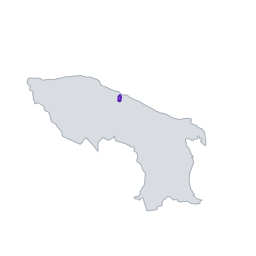 location of Canta, Lima, Peru, rotated 137°
{"feature_id": "86281439B11462215509346", "entity_name": "Canta", "entity_type": "district", "adm_level": 2, "iso_a3": "PER", "parent_name": "Peru", "parent_adm1": "Lima", "projection": "equal_earth", "projection_center": [-76.765, -11.534], "detail": "fine", "context": "in_parent", "style": "filled", "palette": "violet", "viewbox_px": 256, "rotation_deg": 137, "n_neighbors": 0, "source": "geoboundaries", "source_scale": "gbopen_adm2", "svg_char_len": 4750}
<svg xmlns="http://www.w3.org/2000/svg" viewBox="0 0 256 256"><g transform="rotate(137 128 128)"><path d="M171.3,72.0L171.2,72.7L170.5,73.1L169.9,72.6L169.0,72.7L167.5,71.0L164.2,71.3L162.7,73.3L160.5,73.7L158.0,74.7L155.3,75.1L151.0,78.3L150.0,79.6L148.0,81.5L146.4,82.2L145.6,88.0L144.0,91.4L143.4,93.3L144.3,96.2L144.2,97.5L143.4,98.7L142.6,98.8L141.1,100.0L138.9,102.6L138.5,104.6L139.3,107.2L139.0,107.5L137.2,108.0L137.2,109.4L136.9,110.0L138.4,112.1L139.2,112.6L139.3,113.1L139.1,113.7L138.8,113.9L138.8,114.4L139.9,115.9L140.7,119.0L142.3,120.6L142.3,121.6L142.8,122.6L143.6,123.3L145.5,126.4L145.6,127.9L143.5,131.2L146.9,131.2L150.5,132.3L151.1,132.8L151.5,134.4L151.5,135.3L152.3,136.1L152.2,137.9L157.0,138.0L160.2,137.5L165.3,132.0L166.1,131.5L165.7,132.7L165.6,133.6L165.9,134.5L165.3,135.9L165.1,149.4L166.1,148.7L167.2,149.9L168.1,150.0L170.9,148.5L174.1,148.7L181.5,166.3L180.8,167.5L180.8,168.4L179.9,169.2L179.0,170.6L178.9,177.6L178.1,179.7L178.5,180.8L178.9,183.0L179.5,184.4L179.7,185.2L179.6,185.5L178.6,186.3L178.5,187.6L176.6,190.0L176.2,191.7L175.5,192.3L175.4,194.2L177.0,197.2L175.9,199.1L174.9,201.8L176.5,207.5L177.2,208.3L177.9,208.3L179.0,208.8L179.6,209.6L178.2,210.7L178.0,211.2L178.1,213.1L176.6,214.5L174.5,218.1L174.0,218.2L173.0,219.3L172.8,219.9L172.9,220.4L173.8,221.4L173.9,222.7L172.4,224.4L171.4,224.5L171.0,225.0L171.4,227.2L171.4,228.2L171.0,229.3L170.3,230.6L168.1,231.9L166.2,232.1L162.9,228.9L161.9,227.5L158.6,224.7L158.1,221.8L157.0,220.4L155.0,219.3L153.4,217.8L152.2,217.1L149.3,213.8L146.6,212.7L141.5,209.3L138.8,208.1L135.3,204.9L133.4,204.0L131.9,202.5L127.3,199.2L126.6,198.2L125.9,196.6L124.9,195.6L123.7,193.4L122.0,192.2L120.4,190.4L118.4,185.9L117.4,184.8L117.3,182.7L116.7,181.7L117.7,181.1L118.3,177.8L118.0,176.2L115.6,171.8L115.2,170.0L113.5,166.6L112.8,164.6L111.5,163.1L110.9,161.9L110.1,161.3L110.1,159.8L109.6,156.8L108.8,155.3L106.1,152.6L105.8,149.5L105.2,147.4L101.4,138.9L99.2,130.7L97.3,126.2L96.5,123.5L96.5,122.1L95.1,119.7L94.4,117.5L91.2,113.2L89.4,108.4L89.2,107.0L88.0,104.4L86.0,101.0L85.0,99.6L79.0,95.4L76.2,92.9L75.9,91.6L76.0,90.8L76.6,90.1L77.5,90.6L78.0,90.4L78.4,89.5L78.4,88.0L77.9,86.2L76.0,82.7L76.5,81.1L74.5,77.0L75.0,73.0L75.4,72.0L78.3,67.9L79.1,66.2L80.3,65.1L81.6,63.5L83.1,62.3L83.5,62.7L84.0,64.9L83.9,66.3L84.3,67.9L83.3,69.4L82.1,69.0L81.7,69.4L81.5,70.1L81.7,71.2L82.0,71.6L82.9,71.7L81.7,73.8L81.8,74.2L82.6,74.6L83.4,74.1L84.2,72.9L84.7,72.7L87.6,74.8L89.0,74.5L90.0,75.5L90.1,77.0L91.6,79.9L93.7,80.6L94.1,80.4L94.6,79.3L95.1,79.1L95.2,77.5L97.1,75.7L97.3,74.5L97.1,73.7L97.1,73.0L98.2,69.1L98.6,68.7L98.9,67.5L99.3,66.7L100.0,62.4L100.5,62.4L101.0,63.4L101.5,63.2L101.2,62.2L101.3,61.8L103.4,58.4L104.1,57.6L114.1,52.8L119.2,47.9L123.6,41.0L125.0,34.0L125.5,34.5L126.3,34.3L126.0,31.5L126.2,30.2L126.2,29.8L124.8,28.1L124.3,26.2L123.1,25.2L123.1,24.8L124.4,25.2L125.6,25.0L126.5,23.9L127.3,24.0L128.9,25.5L130.1,25.7L130.5,26.8L131.7,27.6L133.4,30.1L134.2,32.7L134.1,33.2L134.9,34.5L136.5,35.2L138.1,37.1L139.8,37.7L140.6,39.5L141.1,40.0L141.3,41.0L141.0,42.2L141.3,42.8L142.5,43.9L143.6,43.9L143.8,44.4L144.4,47.3L144.0,48.7L144.2,49.5L145.6,50.2L146.0,50.9L147.1,51.0L148.7,50.4L150.6,51.3L152.1,50.9L152.8,50.7L153.5,50.1L154.1,50.1L155.7,48.3L156.1,48.1L157.8,48.9L159.1,50.2L160.9,49.9L161.6,49.2L162.8,48.7L165.0,50.3L165.5,51.0L166.1,51.1L168.5,52.7L169.0,53.3L170.2,53.9L170.5,54.4L170.4,55.0L164.7,66.8L166.5,67.8L168.1,67.2L169.0,67.9L169.6,69.9L170.8,71.2L171.3,72.0Z" fill="#d9dde1" stroke="#a8b0b8" stroke-width="1"/><path d="M116.0,153.1L115.9,153.1L115.7,153.2L115.4,153.1L115.3,152.9L115.2,152.9L114.9,152.9L114.8,153.0L114.7,153.2L114.7,153.3L114.5,153.2L114.4,153.2L114.2,153.2L114.2,153.3L114.2,153.5L114.2,153.8L114.1,154.0L113.9,154.1L113.7,154.2L113.4,154.1L113.2,154.2L113.0,154.3L112.9,154.4L112.8,154.5L112.7,154.5L112.4,154.6L112.3,154.8L112.5,154.9L112.5,155.0L112.5,155.3L112.3,155.4L112.2,155.5L111.9,155.5L111.9,155.8L111.7,155.9L111.7,156.0L111.4,156.1L111.4,156.3L111.3,156.5L111.2,156.5L111.2,156.8L111.2,157.0L111.2,157.3L111.1,157.5L111.3,157.8L111.5,157.8L111.6,157.7L111.8,157.6L111.8,157.8L112.0,157.8L112.1,157.7L112.3,157.6L112.5,157.7L112.5,157.8L112.8,157.8L112.8,157.7L112.9,157.8L113.0,157.8L113.3,157.8L113.3,157.7L113.5,157.6L113.5,157.4L113.6,157.2L113.8,157.2L114.0,157.0L114.0,156.9L114.3,156.8L114.5,156.7L114.8,156.6L115.0,156.5L115.0,156.4L115.2,156.2L115.2,155.9L115.3,155.7L115.3,155.4L115.3,155.2L115.4,154.9L115.5,154.9L115.6,154.7L115.8,154.5L116.0,154.5L116.1,154.8L116.3,154.9L116.4,155.0L116.5,155.0L116.7,154.9L116.7,154.7L116.7,154.4L116.5,154.2L116.4,154.1L116.5,153.9L116.4,153.7L116.3,153.4L116.2,153.2L116.0,153.1Z" fill="#8b5cf6" stroke="#5b21b6" stroke-width="1.5"/></g></svg>